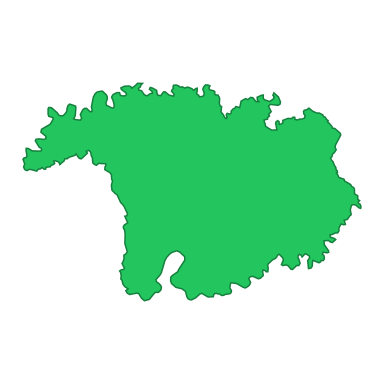 the district of Pinhão, Paraná, Brazil
{"feature_id": "56859067B8399558053626", "entity_name": "Pinhão", "entity_type": "district", "adm_level": 2, "iso_a3": "BRA", "parent_name": "Brazil", "parent_adm1": "Paraná", "projection": "mercator", "projection_center": [-51.658, -25.801], "detail": "fine", "context": "isolated", "style": "filled", "palette": "green", "viewbox_px": 384, "rotation_deg": 0, "n_neighbors": 0, "source": "geoboundaries", "source_scale": "gbopen_adm2", "svg_char_len": 5936}
<svg xmlns="http://www.w3.org/2000/svg" viewBox="0 0 384 384"><path d="M213.4,296.7L213.6,295.0L214.5,293.7L216.0,293.4L219.7,294.2L221.8,295.5L223.7,295.3L225.3,294.4L230.0,293.7L231.1,292.6L231.5,290.7L229.9,288.0L230.2,284.6L231.1,282.7L236.8,283.6L243.0,287.2L245.3,288.0L248.0,286.4L249.5,285.0L250.6,282.5L248.7,278.4L250.4,276.7L252.7,276.3L258.4,278.8L260.6,278.1L263.3,275.5L262.6,271.5L263.2,269.9L264.8,270.4L266.4,271.9L267.9,271.7L268.2,267.6L267.6,265.8L268.2,263.9L272.9,259.6L274.9,258.8L276.6,257.2L277.5,255.3L279.1,254.2L282.9,258.0L283.3,260.1L281.4,264.7L282.9,265.6L285.1,265.0L286.9,265.2L288.3,265.9L290.9,269.2L292.5,269.5L296.8,265.4L298.8,265.6L300.1,263.4L298.9,259.2L298.0,258.0L298.0,256.0L299.4,254.3L301.0,255.1L302.1,257.0L305.0,253.9L306.4,254.2L309.3,255.9L309.6,257.7L307.7,260.7L308.5,268.6L311.1,268.0L312.3,266.1L312.5,261.9L313.0,260.4L318.9,262.8L320.6,261.9L321.3,260.4L323.2,260.6L324.2,259.2L324.3,257.2L323.9,255.5L322.4,254.2L323.0,252.3L327.1,252.8L328.7,252.3L328.5,250.7L324.3,244.7L324.0,240.8L328.5,240.5L330.4,242.0L332.4,242.5L335.7,239.6L334.2,238.4L330.3,237.1L330.0,234.9L332.5,234.4L335.4,232.9L337.6,232.9L338.9,231.1L339.0,227.9L341.0,224.0L343.9,224.8L345.4,224.4L344.2,220.3L347.4,219.4L349.5,216.2L351.2,214.7L350.3,209.7L351.5,205.2L353.2,204.7L355.5,204.9L359.1,207.9L360.6,208.4L361.0,206.7L360.2,204.3L358.7,203.5L358.2,202.0L359.6,200.6L357.8,199.4L357.7,195.7L354.6,193.9L354.4,188.8L353.4,187.5L351.5,186.3L350.7,184.6L344.6,181.0L344.0,179.2L338.8,177.4L337.6,174.4L336.4,173.1L337.5,172.3L337.2,170.7L336.1,169.8L335.9,167.7L334.2,164.9L333.1,161.8L331.4,160.0L330.6,158.0L331.9,156.8L332.6,154.0L334.3,152.6L336.2,149.8L335.1,147.4L335.5,145.0L340.7,135.2L340.3,133.3L334.7,128.4L332.4,128.2L332.0,126.5L328.9,122.9L327.6,122.2L328.2,120.6L326.4,119.4L325.4,117.3L323.7,116.6L322.6,114.7L318.8,112.9L317.2,113.2L312.8,111.3L308.9,108.1L306.7,109.8L304.3,110.2L303.5,111.5L303.9,114.1L305.0,115.2L304.7,117.9L301.8,119.2L300.1,119.0L297.3,120.0L295.0,119.4L294.8,117.3L293.2,117.1L291.4,118.6L287.8,118.4L282.8,120.4L282.9,122.8L280.9,124.1L279.2,124.3L279.1,121.7L277.7,120.6L276.2,121.7L275.6,123.2L276.9,129.9L271.7,130.1L267.8,127.8L265.5,126.2L265.1,123.6L264.2,121.7L264.2,119.9L267.5,119.2L267.7,117.4L269.5,116.1L268.7,114.3L271.2,111.7L268.5,106.2L270.4,104.4L278.1,105.3L280.0,104.2L280.5,102.0L278.4,96.9L273.9,92.9L272.9,95.4L274.2,96.9L273.2,99.1L269.6,101.5L264.6,99.8L263.2,98.3L263.3,95.0L261.4,95.3L257.1,97.3L257.4,100.0L258.8,101.7L256.0,101.6L252.8,97.7L250.6,97.4L247.8,99.6L245.6,98.6L241.1,101.1L239.7,107.6L235.9,106.5L234.8,108.2L233.3,108.7L231.1,111.2L231.2,113.0L229.7,114.2L227.2,113.3L226.2,115.0L227.1,117.2L226.2,118.6L224.8,117.6L222.9,114.1L221.0,112.0L221.6,106.5L220.2,105.9L219.3,103.5L219.7,98.7L219.1,97.0L218.0,95.1L215.7,94.9L214.6,94.1L214.9,92.0L213.8,90.8L210.1,90.0L208.8,88.1L210.0,85.9L208.1,85.0L205.5,84.9L203.6,87.0L202.8,89.2L204.2,93.2L203.7,95.9L199.6,97.0L198.6,95.2L196.5,93.7L197.2,91.1L197.2,88.2L195.6,88.6L193.8,90.4L191.9,88.7L188.5,87.3L187.0,87.1L185.0,88.1L182.2,86.8L180.0,87.2L178.7,85.9L176.2,85.0L173.6,85.2L173.0,86.7L173.4,88.5L172.2,89.5L171.5,91.2L174.1,94.2L173.5,96.2L168.9,95.0L165.3,91.9L163.5,91.9L160.7,95.7L157.9,95.2L157.1,93.6L156.6,90.4L152.8,88.2L150.3,87.4L149.4,89.2L152.3,91.7L152.2,93.4L150.3,93.6L147.2,95.8L144.6,95.0L141.4,90.7L138.7,90.0L138.5,88.5L140.2,87.1L140.9,85.2L142.5,83.4L137.6,83.3L135.0,85.9L131.7,88.2L130.9,86.7L129.0,86.0L124.5,86.2L120.9,87.9L121.3,89.4L125.8,92.8L126.5,94.3L125.5,95.8L122.0,95.9L120.3,95.1L119.5,92.6L117.0,92.6L113.3,94.4L112.4,95.5L111.6,97.3L113.1,100.6L114.2,105.1L113.9,107.5L112.4,108.2L106.5,105.3L105.9,102.9L107.3,99.0L107.2,96.8L106.4,94.9L102.4,91.1L99.6,91.4L96.8,92.2L95.0,93.9L93.3,97.2L91.4,107.0L92.0,109.3L92.0,111.5L90.1,111.7L86.5,108.3L84.6,108.4L83.0,109.5L80.3,114.5L81.6,118.0L80.5,120.1L75.7,119.7L73.6,118.8L75.2,115.9L75.9,107.6L75.5,106.0L69.7,104.1L68.0,105.5L67.0,108.5L66.9,110.8L66.0,112.6L63.2,115.7L60.6,115.9L58.7,115.0L57.2,112.7L51.6,107.8L48.9,107.4L48.1,108.6L48.1,114.3L48.8,116.3L53.1,117.7L53.1,119.2L50.2,124.2L41.5,129.3L40.9,132.2L45.9,136.3L45.8,138.8L43.6,139.4L39.4,138.9L36.1,139.2L35.3,140.8L39.3,147.4L41.2,148.2L41.7,149.9L40.6,151.1L32.3,150.9L28.3,148.5L26.2,148.3L26.0,150.3L27.0,156.0L25.8,157.7L24.1,157.9L23.0,159.2L24.7,164.0L23.6,166.9L24.5,169.2L26.0,170.4L27.4,170.5L28.9,169.4L30.7,169.5L36.8,171.1L38.4,169.1L40.4,168.9L42.0,167.5L43.9,169.1L45.6,169.2L46.2,167.2L50.3,166.8L51.2,165.2L53.2,164.7L54.7,163.4L53.7,161.1L55.2,160.7L58.9,162.1L59.8,164.6L64.1,160.9L64.9,158.7L67.1,158.8L69.2,157.2L74.9,155.4L76.1,153.9L78.6,157.7L80.1,158.7L81.5,158.7L87.4,153.2L86.3,151.3L88.9,150.3L90.7,152.3L91.3,155.8L92.3,157.6L92.9,163.1L94.4,164.4L96.4,165.3L98.7,163.4L105.7,163.8L105.9,165.3L105.0,166.9L104.8,169.6L110.2,172.9L111.4,174.8L111.7,179.3L112.5,181.0L111.4,185.3L112.0,190.3L115.5,193.8L117.0,194.6L120.7,202.6L122.7,204.5L124.3,206.9L127.5,213.8L126.8,215.8L124.8,216.2L127.7,222.7L124.2,225.1L123.4,226.5L123.4,228.0L124.6,230.3L125.1,233.7L124.9,243.7L127.3,251.8L125.5,254.2L123.9,255.1L124.0,258.9L122.9,262.1L122.0,263.4L124.4,268.2L123.4,269.5L121.4,269.8L119.6,271.0L120.7,272.6L121.2,276.3L120.8,279.0L122.1,280.4L122.8,283.9L124.6,286.5L128.1,288.9L125.8,290.6L127.3,293.2L129.7,294.5L137.0,293.1L138.8,293.7L141.6,298.3L144.4,300.7L149.3,299.4L154.6,293.0L156.2,292.2L158.0,292.5L159.3,291.7L160.9,290.0L161.4,287.4L161.0,285.9L159.6,284.1L156.3,281.5L156.0,279.6L160.0,275.1L161.4,272.6L164.9,260.6L166.5,257.6L169.4,254.3L171.8,252.5L176.6,250.8L179.7,252.0L184.7,256.7L184.8,260.1L178.7,269.5L177.8,271.7L172.3,275.5L170.9,277.0L170.6,280.8L171.5,283.5L175.8,287.3L182.2,288.9L185.5,291.5L187.0,297.0L188.0,298.7L189.5,299.6L191.5,299.9L195.7,297.8L199.8,294.1L201.8,293.4L208.1,297.0L213.4,296.7Z" fill="#22c55e" stroke="#15803d" stroke-width="1.5"/></svg>